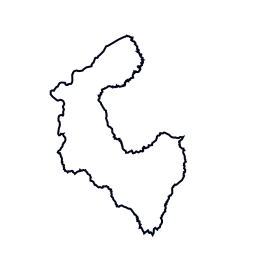 Morales, Cauca, Colombia (Robinson projection), rotated 36°
{"feature_id": "7082276B40499260653390", "entity_name": "Morales", "entity_type": "district", "adm_level": 2, "iso_a3": "COL", "parent_name": "Colombia", "parent_adm1": "Cauca", "projection": "robinson", "projection_center": [-76.755, 2.844], "detail": "fine", "context": "isolated", "style": "outline", "palette": "ink", "viewbox_px": 256, "rotation_deg": 36, "n_neighbors": 0, "source": "geoboundaries", "source_scale": "gbopen_adm2", "svg_char_len": 5854}
<svg xmlns="http://www.w3.org/2000/svg" viewBox="0 0 256 256"><g transform="rotate(36 128 128)"><path d="M177.9,102.9L177.2,104.0L176.1,104.2L175.4,104.8L175.0,106.1L173.4,107.3L171.7,107.9L170.9,108.8L168.4,109.8L165.0,109.4L160.5,110.2L159.8,110.5L159.2,112.1L157.2,113.2L157.0,113.5L157.6,113.9L157.9,115.2L157.8,115.7L156.7,116.4L156.4,117.9L157.3,119.2L157.4,120.2L157.9,121.5L156.5,126.0L157.5,127.6L156.1,129.2L154.9,129.8L155.8,131.5L153.9,134.3L153.2,134.6L152.4,133.7L151.9,133.8L151.9,135.7L153.7,137.5L153.6,138.4L151.6,139.2L151.3,140.7L150.7,141.7L148.4,142.1L148.1,144.1L147.0,145.5L146.4,145.4L145.0,144.2L144.3,144.1L144.1,144.9L143.0,146.4L142.6,147.8L141.0,149.2L139.7,148.0L136.9,148.1L135.4,147.5L134.8,146.5L134.1,146.2L133.6,145.4L132.8,145.2L131.9,144.0L131.2,144.1L131.0,143.4L129.4,142.5L129.1,142.6L129.0,143.3L128.5,143.3L127.5,141.8L127.0,142.0L126.6,142.9L125.2,143.8L124.1,143.5L123.5,144.3L122.7,143.2L121.6,143.5L121.5,141.7L118.0,140.9L115.7,138.0L112.7,137.7L111.6,138.2L110.0,137.7L108.1,135.4L104.8,133.2L104.0,132.0L103.7,130.7L102.7,130.0L102.3,129.1L101.0,128.2L99.9,126.9L98.4,127.1L96.6,126.2L95.4,126.0L94.0,125.0L92.6,124.7L91.2,123.6L87.8,123.0L87.3,121.9L87.7,121.0L86.6,119.3L85.9,119.6L85.2,119.0L86.5,117.8L86.1,117.1L86.4,116.2L85.5,115.9L86.1,113.7L84.5,112.6L84.5,111.8L85.6,110.6L85.8,109.6L86.2,109.4L87.2,107.3L87.4,106.0L89.1,104.6L91.6,104.2L91.3,103.4L94.0,102.3L94.3,101.8L93.9,100.4L95.1,100.7L95.3,99.6L96.9,99.6L99.2,97.2L98.8,96.8L100.4,95.6L100.2,94.9L99.5,94.7L99.7,93.9L98.8,93.1L99.1,91.9L98.8,91.2L99.4,90.9L99.1,90.3L99.2,89.4L99.8,89.3L100.2,89.8L100.6,89.8L100.1,89.1L101.0,88.2L100.7,87.7L101.2,87.6L101.0,86.1L102.6,84.2L101.2,83.1L100.7,82.2L100.5,81.2L100.9,79.7L100.1,79.8L100.1,79.0L99.7,78.5L101.3,77.5L102.1,77.6L102.9,77.2L103.6,76.2L103.4,75.4L103.7,74.7L103.3,74.1L103.6,73.4L102.8,72.6L100.5,72.9L99.8,72.5L99.9,72.0L101.3,71.6L102.0,70.9L101.6,70.3L102.4,69.1L101.5,67.8L100.9,67.9L100.4,67.6L100.4,67.1L101.3,66.8L100.8,66.4L101.3,65.8L100.5,65.0L99.4,64.8L100.1,63.9L99.0,64.0L98.6,62.7L97.2,63.0L95.5,62.4L95.8,61.1L95.5,60.7L94.0,61.5L92.5,60.4L91.4,60.9L90.2,60.8L90.9,59.8L90.9,58.7L88.8,58.7L88.6,57.7L87.9,57.3L87.6,56.6L84.3,56.1L84.4,55.3L83.9,54.7L82.0,54.4L81.5,54.8L79.0,55.1L78.7,54.7L79.2,53.6L78.5,52.2L77.4,53.1L76.7,52.9L76.1,53.2L74.9,53.2L73.6,54.0L72.7,54.0L72.3,55.5L71.3,56.7L68.5,61.7L63.5,73.3L62.3,74.8L63.1,80.3L62.3,85.6L61.7,87.3L62.1,88.8L62.0,89.3L60.6,90.1L60.3,90.7L61.7,95.4L61.2,96.4L61.5,98.5L62.2,99.5L58.7,103.4L57.6,106.7L57.5,108.2L55.4,110.4L54.2,111.2L52.6,111.7L51.0,113.8L51.0,115.6L51.5,116.4L51.4,117.5L55.1,122.3L55.9,123.9L56.1,125.6L53.8,127.7L54.0,128.4L53.0,129.5L51.6,129.4L50.8,128.5L50.4,128.5L47.7,130.1L46.4,131.6L46.3,132.9L46.8,135.9L46.0,136.8L45.9,140.0L46.2,141.3L44.4,142.3L43.9,143.8L45.7,146.2L48.5,147.0L54.6,147.3L55.3,146.9L56.8,144.8L58.8,144.3L60.0,144.4L62.2,145.8L62.6,146.6L62.6,148.7L63.1,149.4L65.3,150.6L66.0,153.0L67.8,155.2L68.0,156.0L68.0,156.3L66.3,156.6L65.2,158.4L65.2,159.3L66.3,161.4L67.7,163.1L69.1,163.3L71.3,165.9L72.3,169.0L74.8,173.6L76.4,174.5L77.3,173.7L77.2,172.0L78.4,171.6L79.0,170.9L79.0,171.3L80.9,172.4L82.7,172.6L84.3,174.2L84.9,175.9L84.9,177.3L84.6,178.0L85.0,178.7L84.9,179.6L85.9,181.7L85.6,183.1L86.0,185.7L85.2,187.4L85.4,188.9L86.5,189.2L87.5,188.4L87.9,189.1L88.9,189.0L90.6,190.7L91.4,190.7L92.6,191.6L93.9,193.7L94.7,193.9L94.7,194.8L95.5,194.9L96.4,195.9L98.0,195.7L98.4,196.1L98.6,197.2L99.6,197.6L100.3,198.9L100.7,198.7L101.6,199.0L102.1,199.7L103.4,199.4L104.0,198.9L105.3,199.3L105.5,197.8L106.4,197.5L107.9,195.5L108.8,195.4L109.6,196.1L111.2,195.9L112.0,196.3L112.7,193.1L114.2,191.3L113.9,190.2L114.8,190.5L115.3,189.7L115.8,189.6L116.5,188.2L117.7,187.9L118.2,187.2L120.1,187.9L121.2,187.9L122.1,188.8L124.8,188.5L127.0,189.9L127.0,190.6L128.7,192.7L130.3,192.0L131.5,191.9L134.5,193.6L135.1,193.0L139.0,193.4L139.9,192.3L142.2,191.6L142.6,190.9L142.2,189.7L143.9,188.8L144.7,187.6L145.7,187.8L146.7,187.4L148.1,188.6L150.4,187.7L150.8,189.0L152.0,188.9L152.6,190.4L153.7,191.0L154.5,192.9L155.1,192.8L156.0,193.4L156.8,193.2L158.0,194.4L161.2,195.2L162.4,196.0L162.6,196.6L164.3,196.8L164.6,197.8L165.0,198.0L165.4,197.5L166.9,197.1L167.2,195.9L168.6,194.2L170.8,194.1L173.6,193.2L175.4,193.1L176.2,192.8L176.6,192.3L178.0,192.0L183.2,193.6L184.0,194.2L184.8,193.7L187.1,194.4L187.4,194.9L187.8,194.5L188.3,195.2L188.7,195.0L189.3,195.5L189.1,196.7L189.4,197.0L189.9,197.2L190.6,196.9L190.6,197.7L192.4,197.0L193.4,198.7L194.7,198.7L194.5,199.3L195.5,200.0L195.5,200.7L196.0,201.0L196.2,201.8L197.2,200.8L197.8,200.9L200.7,202.6L201.6,202.7L203.0,203.8L204.3,199.0L205.3,199.4L206.1,200.4L207.3,200.1L207.7,199.0L208.1,198.9L210.8,200.1L210.5,197.9L208.3,194.6L208.7,192.8L211.4,193.0L211.1,191.9L212.1,189.5L211.1,187.1L211.3,186.1L211.0,184.4L209.7,182.6L207.4,181.4L207.6,179.9L207.0,179.3L207.2,178.8L206.8,178.3L207.1,177.1L206.9,177.0L206.6,175.6L207.2,173.5L206.1,172.5L205.6,170.5L204.1,169.5L203.9,168.6L203.4,168.9L202.9,167.8L203.1,167.1L203.7,166.7L202.7,165.6L203.1,165.1L202.7,164.1L203.0,163.8L202.6,163.2L202.6,161.1L202.3,160.5L201.3,159.8L201.7,158.9L201.4,158.2L202.3,157.4L202.1,154.6L199.2,150.9L199.0,149.2L199.3,148.8L198.9,148.0L199.1,147.2L199.4,147.0L199.2,146.2L200.2,145.8L200.6,145.2L202.3,138.3L201.7,134.3L201.5,133.7L200.9,133.7L200.4,132.7L199.7,132.2L199.6,131.2L199.9,130.7L199.2,130.5L199.6,129.5L199.2,128.6L198.6,128.0L197.1,127.7L196.2,125.7L195.8,125.2L195.1,125.3L194.9,124.5L194.2,124.0L194.1,122.6L194.6,121.3L193.8,121.1L193.1,120.0L191.9,119.4L190.7,117.7L189.0,116.5L187.4,115.8L186.2,114.0L186.6,113.0L185.6,112.9L185.0,112.1L184.1,112.8L180.9,112.6L180.3,111.6L179.4,111.5L179.5,110.8L177.9,109.6L178.0,109.0L177.3,108.7L178.3,105.4L177.9,102.9Z" fill="none" stroke="#020617" stroke-width="2"/></g></svg>